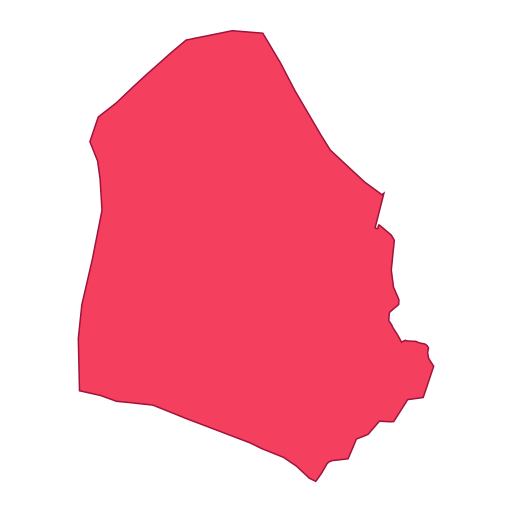 Dar-Tama, Wadi Fira, Chad (Equal Earth projection)
{"feature_id": "50815135B35128958764518", "entity_name": "Dar-Tama", "entity_type": "district", "adm_level": 2, "iso_a3": "TCD", "parent_name": "Chad", "parent_adm1": "Wadi Fira", "projection": "equal_earth", "projection_center": [22.272, 14.447], "detail": "fine", "context": "isolated", "style": "filled", "palette": "rose", "viewbox_px": 512, "rotation_deg": 0, "n_neighbors": 0, "source": "geoboundaries", "source_scale": "gbopen_adm2", "svg_char_len": 1816}
<svg xmlns="http://www.w3.org/2000/svg" viewBox="0 0 512 512"><path d="M315.8,481.3L317.5,479.0L321.5,473.3L327.1,463.6L329.2,461.8L332.3,460.6L337.1,460.1L344.6,459.2L347.9,458.8L348.0,458.8L349.1,456.4L354.1,444.6L356.3,439.3L356.4,439.2L356.5,439.0L366.1,435.2L366.5,435.0L368.0,434.4L379.4,421.2L390.3,421.8L391.4,421.7L391.8,421.7L393.7,421.6L396.6,417.1L402.1,408.4L407.7,399.6L412.4,399.0L423.2,397.5L424.3,394.2L425.8,389.9L432.6,369.5L433.7,366.3L431.8,363.3L431.7,363.2L428.6,358.3L428.6,358.0L427.6,352.7L428.5,348.0L428.5,347.9L427.1,345.6L424.9,344.0L422.5,343.5L419.3,342.9L416.1,341.5L415.6,341.3L415.4,341.3L414.6,341.3L411.5,341.2L410.7,341.1L407.9,341.0L405.2,340.3L404.7,340.6L402.5,341.6L401.5,342.1L397.6,334.9L395.4,331.5L392.7,327.3L391.8,325.1L390.6,323.2L388.8,320.7L389.0,317.1L389.3,313.1L390.1,311.8L394.9,307.7L398.7,304.5L398.7,304.4L398.9,300.7L398.9,299.7L396.5,294.0L396.4,293.9L395.0,290.5L394.6,289.6L394.0,288.2L393.5,287.1L391.3,270.0L391.7,265.8L391.9,264.1L392.3,260.6L393.0,252.9L393.8,245.6L394.3,240.3L392.8,237.6L392.5,237.2L392.3,236.8L391.3,235.1L380.1,225.6L379.0,224.9L378.8,225.3L378.3,226.0L378.2,226.3L378.0,227.1L378.0,227.5L378.1,228.1L377.1,228.6L376.7,228.5L375.6,228.2L375.2,227.7L375.3,227.0L375.9,224.6L376.0,224.4L382.9,197.2L383.9,193.2L381.9,194.7L364.7,182.1L349.5,168.0L330.3,150.1L321.2,135.5L295.0,90.8L285.4,72.4L280.6,63.1L262.8,33.2L234.7,30.9L232.2,30.7L215.0,34.2L186.2,40.0L170.3,53.4L157.5,64.8L147.5,73.6L133.4,86.6L116.2,103.0L98.3,116.9L89.9,141.7L97.6,161.0L100.1,179.1L102.0,210.3L92.5,258.6L81.8,304.9L78.3,338.6L79.5,390.5L79.5,390.8L100.5,395.5L116.5,401.3L125.8,402.2L152.8,405.1L186.3,418.6L250.4,443.0L261.4,448.5L283.6,457.4L296.5,466.2L309.3,478.2L315.0,481.0L315.8,481.3Z" fill="#f43f5e" stroke="#9f1239" stroke-width="1.5"/></svg>